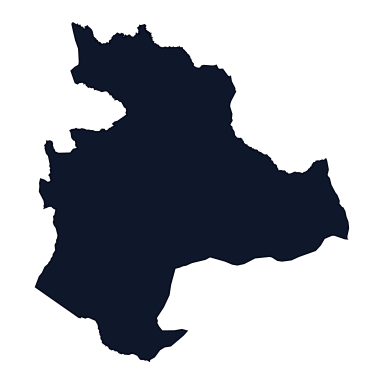 Mbala, Northern, Zambia (orthographic projection)
{"feature_id": "96606910B75728228725802", "entity_name": "Mbala", "entity_type": "district", "adm_level": 2, "iso_a3": "ZMB", "parent_name": "Zambia", "parent_adm1": "Northern", "projection": "orthographic", "projection_center": [31.398, -8.964], "detail": "fine", "context": "isolated", "style": "filled", "palette": "ink", "viewbox_px": 384, "rotation_deg": 0, "n_neighbors": 0, "source": "geoboundaries", "source_scale": "gbopen_adm2", "svg_char_len": 5764}
<svg xmlns="http://www.w3.org/2000/svg" viewBox="0 0 384 384"><path d="M325.8,159.1L324.3,160.4L322.6,160.6L322.1,160.2L319.6,161.3L318.2,161.0L316.1,161.4L315.7,162.4L314.7,162.9L313.9,162.8L312.2,165.3L312.6,166.3L312.0,166.5L311.4,167.6L310.7,167.4L310.6,168.2L308.8,169.4L308.6,170.2L305.6,172.4L304.0,172.6L303.2,174.0L299.4,172.9L296.3,172.9L295.0,172.3L290.9,174.1L287.6,174.4L287.4,173.3L285.3,172.8L285.2,171.8L284.5,171.1L282.4,171.4L281.8,170.8L279.7,170.8L279.2,171.4L278.3,171.0L277.4,169.9L277.7,169.4L276.4,167.2L276.2,165.6L274.7,164.6L273.6,164.8L272.2,161.4L271.2,161.2L270.5,159.9L270.5,158.6L267.5,156.3L267.2,155.5L266.3,155.0L265.5,155.3L263.0,154.8L262.8,154.2L261.4,153.7L261.1,153.0L257.8,151.8L257.1,150.5L255.9,150.1L254.0,150.4L253.7,149.3L253.0,149.0L251.6,149.3L251.2,147.8L248.9,147.3L246.9,145.8L246.7,145.1L245.7,145.1L244.5,144.2L243.1,142.6L243.1,141.6L241.9,140.5L241.7,139.3L240.2,138.4L239.0,139.1L238.2,138.4L236.9,138.4L234.5,135.6L233.8,131.6L232.0,129.1L231.7,127.0L229.4,125.0L232.0,120.2L231.2,118.9L231.7,114.0L229.4,106.5L229.7,103.6L230.7,100.6L235.5,91.4L234.6,90.5L234.7,88.4L231.2,81.5L230.4,76.5L229.1,77.3L227.3,75.8L222.6,69.3L219.7,69.6L218.0,68.9L216.2,65.4L214.7,66.0L212.3,66.2L203.4,65.6L201.7,66.2L200.5,68.1L198.5,68.5L196.0,67.9L193.1,66.1L193.1,63.7L191.4,62.0L190.9,60.0L188.9,56.7L189.3,56.3L187.8,55.4L188.2,55.0L186.9,54.1L186.0,52.5L184.8,52.0L185.1,51.7L184.3,50.7L183.0,49.6L182.4,49.7L182.1,47.9L179.6,47.9L179.2,47.0L178.4,47.8L177.5,47.4L176.5,47.8L173.4,47.8L173.2,47.3L171.8,48.1L169.4,47.0L168.3,48.1L165.0,47.3L164.3,47.8L162.0,48.0L159.4,47.1L159.6,46.4L159.0,47.0L158.2,45.4L156.6,45.0L155.5,43.9L154.6,44.3L154.0,43.8L153.3,42.8L153.5,41.9L151.9,41.0L151.9,39.1L151.2,38.9L151.1,37.8L151.5,37.5L150.9,37.4L150.7,36.4L149.9,35.8L150.7,35.4L150.3,34.8L150.6,33.8L150.0,34.0L149.9,33.2L148.1,31.9L147.5,32.6L146.7,30.8L145.6,31.0L145.3,29.6L145.7,28.6L144.7,27.7L145.6,25.8L144.6,24.8L141.6,25.7L140.7,26.5L140.6,25.8L139.9,25.5L139.3,26.9L137.9,27.9L139.1,29.7L138.9,32.9L139.5,33.7L138.5,33.7L137.8,34.4L136.4,33.5L136.0,35.7L134.8,36.1L134.7,36.7L133.0,37.8L132.7,37.3L131.3,37.1L129.5,35.3L128.5,35.4L127.1,36.8L125.5,35.4L124.8,36.0L125.2,37.3L123.2,37.8L122.7,37.2L123.4,35.0L123.0,34.1L121.3,33.6L120.7,35.0L117.3,33.3L115.8,34.8L115.6,35.6L114.1,35.6L112.8,37.1L112.1,38.0L112.5,39.2L109.7,41.0L109.7,43.6L106.9,43.0L105.7,44.1L103.4,44.0L102.6,44.7L101.4,44.1L100.1,44.6L100.4,43.4L99.9,42.7L97.7,42.1L97.2,40.7L95.8,40.8L96.0,39.5L93.2,36.9L92.0,31.6L91.0,29.6L87.5,26.6L86.8,27.2L87.0,26.3L85.5,27.0L87.2,27.9L86.9,28.3L85.4,28.5L84.3,29.7L83.6,29.5L82.5,27.5L80.7,27.2L79.9,25.4L78.4,26.1L77.5,24.5L76.9,25.3L72.9,23.0L72.1,24.0L73.5,30.6L75.8,40.2L78.8,48.7L79.5,62.2L78.9,65.3L75.2,67.3L71.2,70.9L75.3,82.7L77.6,83.7L78.8,82.5L82.6,82.0L83.8,82.5L84.0,83.2L84.2,82.9L85.8,83.3L86.5,85.4L87.1,85.4L88.4,87.1L89.1,86.6L91.3,87.5L93.8,87.2L94.7,89.4L96.7,88.9L97.2,89.8L98.6,89.9L101.7,91.4L105.3,90.6L107.2,90.8L109.6,93.2L110.2,94.6L111.6,94.3L113.5,97.7L115.4,98.2L115.1,99.5L117.8,99.2L119.6,101.0L121.7,101.5L124.5,106.8L126.4,107.9L126.9,111.0L126.2,112.6L127.1,114.8L117.6,121.5L114.8,122.2L112.9,123.9L114.8,125.6L114.6,126.1L111.8,127.4L111.0,128.3L109.7,128.5L107.9,130.4L106.5,131.1L104.2,130.6L104.3,129.6L102.1,129.3L101.9,130.1L101.0,130.1L100.5,131.1L99.2,131.8L95.1,131.8L92.4,130.7L91.4,131.0L88.7,130.3L86.6,130.5L84.5,129.5L81.5,128.9L80.1,129.8L78.8,129.3L78.1,130.0L76.3,128.6L74.2,129.6L73.1,129.5L72.8,130.2L71.8,129.7L70.2,130.6L71.3,132.6L71.9,137.4L73.5,139.7L75.5,140.5L76.1,143.7L75.8,144.8L76.3,146.2L77.1,146.4L77.3,147.0L77.2,148.5L73.4,149.4L70.5,153.2L58.4,153.5L54.6,151.9L54.2,149.9L52.6,148.1L52.9,147.2L52.1,145.7L52.4,143.8L51.8,141.9L49.9,141.0L47.6,141.5L46.9,141.2L46.8,143.4L44.9,145.5L45.5,146.3L45.3,148.5L46.6,153.3L48.6,155.6L50.5,164.6L49.9,165.8L51.2,168.7L50.4,169.6L51.1,172.9L50.9,173.8L50.0,174.0L49.2,175.2L50.2,176.3L50.7,178.9L51.5,180.1L50.2,181.8L47.7,182.7L44.3,180.3L40.7,179.1L39.8,183.1L40.1,186.4L39.6,191.6L44.2,200.5L44.8,204.4L44.2,205.9L44.8,206.9L44.4,208.0L49.4,206.0L51.6,206.2L53.9,208.2L56.2,209.3L54.9,215.7L53.8,216.3L54.2,220.2L53.5,221.9L54.3,224.8L56.3,227.7L58.2,235.2L57.7,238.7L56.9,239.8L56.8,241.2L57.3,242.2L55.8,243.8L55.3,245.3L55.9,250.5L53.4,254.4L53.3,256.5L51.5,258.7L51.0,260.9L49.5,262.3L48.5,264.3L45.1,267.3L42.5,273.0L39.5,276.7L35.6,287.0L78.8,317.2L80.3,317.5L81.3,316.4L85.4,317.9L87.0,317.1L88.7,317.1L95.8,320.2L98.2,324.4L98.8,327.2L98.5,328.3L99.9,330.4L99.7,332.3L100.4,333.3L100.2,334.6L101.3,335.6L101.1,338.4L102.6,340.8L102.6,342.6L105.0,344.4L105.9,344.5L106.0,345.3L106.4,345.0L108.7,346.5L109.6,348.5L111.8,349.6L112.3,349.1L114.5,349.7L115.1,350.6L117.3,350.6L119.2,352.6L121.3,353.5L121.6,353.0L124.0,353.4L124.4,353.9L127.9,354.2L129.6,354.1L130.6,353.3L133.5,353.3L137.8,355.3L140.4,359.0L142.5,359.4L143.3,358.9L145.1,359.9L147.1,359.6L149.3,361.0L149.6,359.5L154.4,356.8L159.6,349.7L164.5,346.7L170.6,345.8L183.2,335.1L186.9,331.0L181.9,329.7L174.6,331.0L162.0,331.1L158.5,326.7L156.8,323.4L156.6,321.8L157.2,321.0L156.0,318.0L163.3,306.9L168.9,294.9L170.4,284.8L174.9,268.1L179.7,266.9L182.8,265.5L185.7,265.1L191.8,262.4L205.1,259.2L210.0,256.6L225.1,260.9L232.5,264.0L237.4,264.8L243.9,263.4L255.0,257.7L269.7,256.2L272.2,256.8L277.3,260.1L279.9,260.6L282.1,260.9L291.3,259.7L298.7,256.3L315.4,250.3L320.3,245.0L324.2,238.3L331.6,235.1L334.4,235.0L344.9,238.6L347.0,238.8L346.6,238.2L346.8,235.6L348.4,228.3L347.8,222.1L345.8,216.8L344.7,211.4L342.8,207.9L341.8,207.7L338.7,203.8L339.0,200.8L336.8,195.3L334.9,192.9L330.8,185.1L329.2,178.4L327.2,176.2L326.9,174.6L328.1,169.6L326.5,160.9L325.8,159.1Z" fill="#0f172a" stroke="#020617" stroke-width="1.5"/></svg>